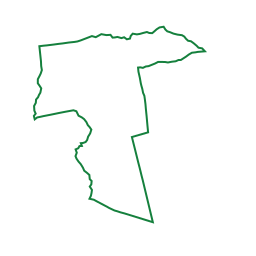 Criciúma, Santa Catarina, Brazil (orthographic projection), rotated 349°
{"feature_id": "56859067B24014053449372", "entity_name": "Criciúma", "entity_type": "district", "adm_level": 2, "iso_a3": "BRA", "parent_name": "Brazil", "parent_adm1": "Santa Catarina", "projection": "orthographic", "projection_center": [-49.374, -28.744], "detail": "fine", "context": "isolated", "style": "outline", "palette": "green", "viewbox_px": 256, "rotation_deg": 349, "n_neighbors": 0, "source": "geoboundaries", "source_scale": "gbopen_adm2", "svg_char_len": 2005}
<svg xmlns="http://www.w3.org/2000/svg" viewBox="0 0 256 256"><g transform="rotate(349 128 128)"><path d="M134.4,225.2L132.5,182.0L132.2,177.1L132.0,172.6L131.8,168.7L131.5,164.0L130.8,150.4L130.1,137.6L146.9,136.1L147.6,128.9L148.5,120.1L149.2,112.5L149.7,107.9L150.0,103.5L150.2,99.5L149.5,96.3L149.5,92.5L149.2,89.0L149.1,86.4L149.2,81.1L149.1,77.6L149.0,74.8L149.4,70.6L151.6,70.8L154.1,71.8L157.2,71.0L160.0,71.2L163.0,70.6L166.7,69.9L170.1,68.9L173.8,69.6L177.0,70.3L179.7,71.3L183.8,71.3L187.5,71.6L190.5,70.9L192.9,71.3L198.6,69.0L201.7,67.5L205.1,66.3L208.7,66.6L211.0,66.6L218.1,67.4L216.0,64.0L212.5,62.6L211.1,60.4L208.7,57.4L206.4,54.9L203.6,53.8L201.9,51.4L200.7,49.0L198.7,47.2L194.5,45.8L190.6,44.0L187.6,42.0L185.0,40.6L183.5,38.5L182.3,35.4L178.1,35.3L174.9,36.6L172.4,38.1L169.9,39.5L167.0,38.8L164.9,37.4L161.0,37.6L157.6,37.9L154.6,37.8L150.6,36.3L148.2,38.2L147.0,40.6L143.8,40.7L141.5,38.2L138.7,38.5L135.0,36.6L132.4,36.6L130.1,36.3L128.6,33.2L124.6,32.7L122.0,31.7L119.7,30.8L117.2,31.6L113.7,32.7L110.1,30.9L98.2,33.0L94.8,33.4L91.9,33.3L86.1,32.8L79.8,32.5L76.2,32.2L71.0,31.9L63.9,31.4L60.9,31.1L56.6,30.8L55.3,45.9L54.6,50.6L54.5,54.7L52.7,57.9L50.9,60.3L48.8,62.9L48.0,66.9L49.1,69.3L50.4,72.5L48.7,76.6L46.9,78.6L45.6,80.6L43.2,82.5L42.3,85.7L40.0,88.5L39.4,93.1L40.1,96.3L37.9,98.2L38.1,101.7L40.9,100.3L43.9,100.3L47.3,100.2L49.8,100.2L52.1,100.2L54.8,100.2L62.9,100.1L67.0,100.1L70.0,100.1L77.8,100.2L80.5,101.7L81.8,106.5L84.6,108.7L86.6,110.9L88.3,114.3L89.1,117.5L90.5,119.8L91.7,122.6L89.8,126.1L87.2,128.9L85.6,132.0L83.7,133.7L81.1,134.1L78.8,133.9L79.3,136.8L76.9,136.5L75.3,138.4L72.5,139.0L73.0,142.5L71.1,145.6L71.6,148.2L73.0,151.5L74.7,154.4L76.2,158.4L76.9,161.6L79.1,164.1L81.1,166.7L80.7,170.9L82.2,173.1L81.2,176.4L79.3,178.2L80.8,181.9L79.8,184.8L78.7,187.4L76.7,190.1L80.8,191.9L83.3,194.0L90.5,199.8L92.4,201.3L94.1,202.8L99.0,206.4L101.4,207.6L104.6,209.4L108.3,211.2L131.4,223.6L134.4,225.2Z" fill="none" stroke="#15803d" stroke-width="2"/></g></svg>